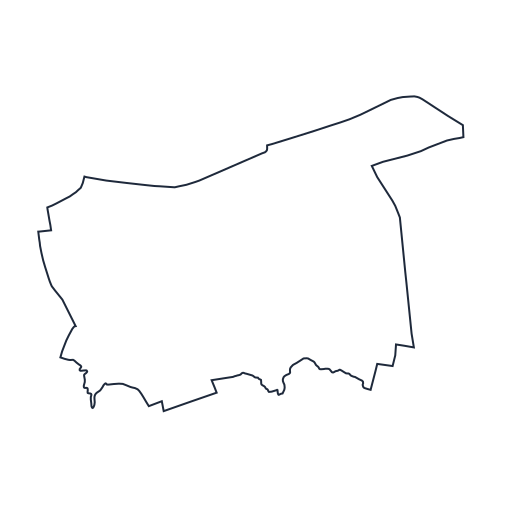 My Tho, Tiền Giang, Vietnam, rotated 176°
{"feature_id": "81297802B97193335039618", "entity_name": "My Tho", "entity_type": "district", "adm_level": 2, "iso_a3": "VNM", "parent_name": "Vietnam", "parent_adm1": "Tiền Giang", "projection": "mercator", "projection_center": [106.365, 10.362], "detail": "fine", "context": "isolated", "style": "outline", "palette": "slate", "viewbox_px": 512, "rotation_deg": 176, "n_neighbors": 0, "source": "geoboundaries", "source_scale": "gbopen_adm2", "svg_char_len": 4158}
<svg xmlns="http://www.w3.org/2000/svg" viewBox="0 0 512 512"><g transform="rotate(176 256 256)"><path d="M40.5,372.1L54.6,382.2L79.0,400.7L81.8,402.5L83.9,403.4L86.9,404.2L91.5,404.3L98.6,404.3L103.7,403.7L110.7,402.3L127.2,395.6L142.1,389.6L153.4,385.8L162.7,383.3L172.6,380.9L188.8,376.8L213.1,371.0L232.4,366.5L237.2,365.6L237.4,362.2L237.7,360.9L238.5,359.8L239.9,358.8L242.8,358.0L307.3,335.2L311.3,334.1L320.4,331.9L325.6,331.2L327.9,330.9L332.3,330.2L339.5,331.2L346.7,332.2L352.4,332.9L360.9,334.4L380.1,337.9L400.1,341.7L419.7,346.5L421.6,347.2L423.7,340.9L425.5,337.3L426.1,336.2L428.9,334.1L431.2,332.2L434.2,330.5L437.6,328.4L441.6,326.7L446.8,324.4L451.6,322.3L456.0,320.5L460.8,319.0L460.7,317.2L459.5,305.3L459.0,301.3L458.6,295.9L469.6,295.5L471.5,295.5L471.1,287.7L470.8,284.4L470.7,281.1L470.2,277.1L469.8,273.9L469.1,269.5L468.6,266.4L467.1,259.6L466.2,255.9L464.4,248.4L463.5,245.0L462.4,241.6L461.8,240.0L458.7,235.3L452.2,226.0L440.8,198.6L441.9,198.5L442.9,197.7L444.4,196.0L446.1,193.3L448.2,190.0L451.1,185.0L453.5,179.9L456.1,174.3L458.2,168.5L454.2,166.8L450.6,165.6L448.7,165.2L445.8,165.2L445.3,164.9L444.5,164.3L443.6,163.4L442.7,162.4L440.3,160.2L438.8,159.1L438.1,158.1L438.1,157.6L438.4,157.0L439.1,156.3L439.8,155.4L439.8,154.3L439.2,153.8L437.7,153.7L436.5,153.8L433.5,153.8L432.9,153.5L432.6,152.9L432.5,152.4L433.0,151.7L433.9,150.9L435.1,150.2L435.8,149.3L435.8,148.2L435.6,146.4L435.4,144.6L435.6,142.2L436.3,140.2L436.8,138.8L436.9,137.5L436.7,136.8L436.2,136.4L435.3,136.3L434.3,136.3L434.0,136.2L433.6,136.0L433.3,135.7L433.2,135.3L433.2,133.7L433.4,132.8L433.5,131.7L433.4,131.1L432.8,130.8L432.1,130.6L430.9,130.4L430.1,129.9L429.9,129.4L430.0,128.6L430.6,126.9L430.8,124.4L430.6,120.5L430.6,117.7L430.2,116.3L429.9,116.0L429.5,115.8L428.8,116.4L428.2,117.4L427.6,118.8L427.1,121.3L427.1,124.9L427.0,126.5L426.6,127.9L426.0,129.1L425.1,130.1L423.9,131.0L422.6,131.7L421.6,132.3L420.8,132.8L419.7,134.1L418.2,136.0L417.2,137.6L416.6,138.2L416.1,138.7L415.3,139.3L414.8,139.4L414.3,139.0L413.9,138.4L413.6,138.1L412.9,138.1L412.0,138.0L407.2,138.2L401.6,138.2L397.8,137.7L394.4,136.1L390.4,134.1L388.4,133.4L386.0,132.7L383.4,131.3L381.9,129.6L380.0,126.5L378.3,123.3L375.7,118.1L373.4,113.7L360.1,117.7L358.9,107.7L330.1,115.6L304.8,122.4L306.4,127.6L308.1,132.7L308.9,135.2L292.5,136.6L287.4,137.0L285.5,137.6L284.3,137.8L282.7,138.2L281.6,138.3L279.7,138.8L278.4,140.0L277.2,140.4L276.5,140.3L275.1,139.6L273.7,139.2L268.0,137.1L267.0,136.4L265.8,135.2L264.8,134.8L263.3,134.6L262.6,134.5L262.0,133.6L261.3,132.9L260.3,132.5L259.7,132.1L259.6,131.0L259.7,128.5L259.5,127.5L258.7,126.7L256.9,125.5L256.1,124.6L255.8,123.9L255.3,123.0L254.8,122.6L254.0,122.3L253.6,121.7L253.0,120.1L252.7,119.6L252.0,119.5L249.8,119.6L245.0,120.7L244.3,121.0L243.9,120.7L243.9,119.4L243.8,117.6L243.5,116.5L243.2,116.0L242.7,116.0L241.8,116.4L240.4,116.9L239.1,117.0L238.1,118.8L237.1,120.6L236.6,122.6L236.6,124.5L236.7,125.8L237.4,127.6L237.9,129.4L237.8,131.2L236.9,133.2L236.0,134.1L234.0,135.2L231.5,136.0L230.5,136.7L230.1,137.5L230.1,139.7L229.9,141.0L229.2,142.4L226.9,144.6L226.0,145.1L224.9,145.6L222.9,146.5L221.1,147.5L219.6,148.3L218.9,148.7L218.0,149.2L215.9,150.4L215.3,150.5L213.9,150.5L212.3,150.4L211.1,150.1L209.1,148.7L205.9,146.7L205.2,146.0L204.4,144.5L203.9,143.3L203.0,142.3L201.8,141.2L201.3,140.5L200.8,139.2L200.2,138.7L199.1,138.5L196.4,138.5L194.6,138.7L192.8,138.6L191.3,138.3L190.5,137.8L189.0,135.7L188.4,134.8L187.3,134.4L186.1,134.8L184.8,135.5L183.7,135.7L182.5,135.8L181.4,136.3L180.7,136.7L180.0,136.6L178.7,135.8L176.1,133.9L174.4,132.7L173.4,132.5L172.1,132.4L171.1,131.9L170.2,130.7L169.4,129.9L167.1,128.8L165.6,128.4L161.7,125.8L159.1,124.4L158.1,123.3L158.0,121.6L158.6,120.0L158.2,118.0L157.2,116.8L153.9,115.5L151.0,114.5L144.8,133.0L142.6,139.9L127.4,136.7L124.0,147.2L122.5,158.0L114.2,156.1L104.9,153.8L106.2,167.6L107.8,218.3L108.2,229.3L109.8,284.4L111.1,288.6L113.6,296.3L116.1,301.7L129.6,326.3L134.2,337.8L122.8,341.1L115.7,342.4L98.1,345.6L84.2,349.1L76.1,352.2L57.4,357.9L50.2,359.0L44.7,359.5L40.8,360.1L40.5,372.1Z" fill="none" stroke="#1e293b" stroke-width="2"/></g></svg>